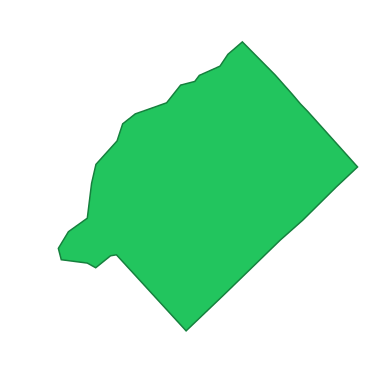 outline of Henry, Alabama, United States of America, rotated 226°
{"feature_id": "52423323B43963641408818", "entity_name": "Henry", "entity_type": "district", "adm_level": 2, "iso_a3": "USA", "parent_name": "United States of America", "parent_adm1": "Alabama", "projection": "orthographic", "projection_center": [-85.179, 31.541], "detail": "fine", "context": "isolated", "style": "filled", "palette": "green", "viewbox_px": 384, "rotation_deg": 226, "n_neighbors": 0, "source": "geoboundaries", "source_scale": "gbopen_adm2", "svg_char_len": 540}
<svg xmlns="http://www.w3.org/2000/svg" viewBox="0 0 384 384"><g transform="rotate(226 192 192)"><path d="M287.3,206.1L287.6,205.5L289.2,189.5L280.8,173.6L278.6,142.1L268.0,125.8L245.9,98.5L249.3,75.6L244.3,56.7L234.1,50.9L213.6,67.3L204.4,70.1L202.7,89.1L199.3,94.0L96.2,91.3L95.9,144.1L96.1,222.2L94.8,252.3L95.4,299.2L95.0,328.5L169.2,331.2L180.2,331.2L192.3,332.0L218.3,333.1L265.0,332.5L266.1,313.5L263.1,299.6L270.8,278.3L269.6,270.8L276.8,258.1L273.8,235.7L287.3,206.1Z" fill="#22c55e" stroke="#15803d" stroke-width="1.5"/></g></svg>